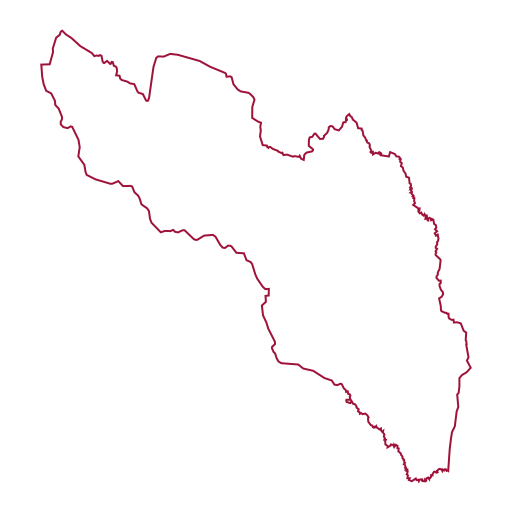 outline of Mae Poen, Nakhon Sawan, Thailand
{"feature_id": "78962969B91694017140585", "entity_name": "Mae Poen", "entity_type": "district", "adm_level": 2, "iso_a3": "THA", "parent_name": "Thailand", "parent_adm1": "Nakhon Sawan", "projection": "equal_earth", "projection_center": [99.442, 15.681], "detail": "fine", "context": "isolated", "style": "outline", "palette": "rose", "viewbox_px": 512, "rotation_deg": 0, "n_neighbors": 0, "source": "geoboundaries", "source_scale": "gbopen_adm2", "svg_char_len": 6025}
<svg xmlns="http://www.w3.org/2000/svg" viewBox="0 0 512 512"><path d="M400.7,159.1L399.6,159.1L399.8,157.7L399.0,156.7L396.4,156.4L394.8,154.0L390.1,152.1L388.9,156.5L380.5,155.2L380.1,154.3L381.1,154.1L381.2,153.4L379.2,152.1L378.2,153.6L375.8,152.7L373.0,154.4L372.9,152.0L371.3,152.8L370.5,152.0L371.5,151.0L369.5,146.8L369.9,145.2L369.2,143.4L367.3,142.5L366.7,141.4L366.9,140.6L366.0,140.0L365.2,137.6L363.4,135.5L362.6,130.8L361.7,130.1L361.7,128.6L358.1,128.2L356.6,122.7L352.9,119.6L351.7,117.0L350.3,116.1L349.2,114.1L346.5,116.5L345.9,118.8L346.9,119.2L347.0,120.0L345.9,120.6L345.6,122.1L343.3,122.4L342.0,126.7L338.8,130.4L334.7,129.2L332.6,126.4L330.4,126.0L328.8,127.3L328.7,129.3L327.2,132.8L323.9,135.9L324.1,136.8L323.0,138.8L319.9,138.9L315.5,133.6L314.4,133.7L312.3,136.8L309.7,137.4L308.9,140.1L308.8,145.9L312.9,149.2L313.1,150.1L312.1,151.4L306.5,152.6L304.9,154.1L304.3,154.9L303.7,159.9L301.1,158.7L299.7,155.8L299.0,156.9L294.5,156.1L293.1,156.7L286.9,154.6L283.4,155.1L282.4,152.7L281.4,153.0L278.1,151.5L277.8,150.8L273.0,149.0L270.3,147.0L269.2,146.9L268.4,147.9L267.1,146.8L266.9,145.6L262.7,145.1L260.0,136.4L260.8,130.6L260.3,126.9L261.0,122.7L258.0,121.6L252.2,117.9L252.3,106.8L254.5,99.8L253.4,97.2L250.0,93.8L248.4,92.8L240.8,91.4L237.8,89.6L233.5,84.3L231.6,77.2L230.3,76.4L226.5,76.7L226.0,73.9L225.2,73.0L210.0,66.7L199.7,61.0L177.9,54.8L170.2,53.9L163.7,56.6L158.1,56.4L156.3,57.8L153.5,66.8L149.1,97.6L148.1,100.6L146.8,100.9L146.0,100.4L142.9,94.1L138.5,92.7L137.5,91.5L134.3,84.2L129.8,83.3L127.5,81.7L121.7,80.0L120.2,78.6L119.5,75.7L116.1,75.3L117.1,71.7L116.7,67.9L115.9,66.6L113.8,65.8L112.8,62.1L111.6,61.9L111.1,63.5L110.2,64.0L107.1,60.9L104.3,63.0L103.6,62.9L102.6,61.5L101.5,55.8L100.0,55.1L98.7,55.9L96.7,55.5L94.3,56.1L91.9,53.1L80.4,46.2L71.4,38.0L66.0,34.5L62.2,30.7L60.7,31.8L59.6,35.0L56.2,37.6L52.8,48.5L53.0,52.2L49.7,64.3L41.3,64.6L42.2,76.7L43.7,84.3L46.2,90.8L51.2,93.4L54.9,100.7L55.3,105.0L58.7,108.6L62.1,117.2L61.9,119.4L60.7,121.8L60.8,124.4L63.3,127.1L66.2,127.8L67.7,128.1L70.6,126.4L72.2,126.9L78.5,139.8L79.7,147.2L78.3,156.4L84.3,164.8L85.6,172.2L86.7,174.9L95.4,179.3L110.5,183.8L112.4,183.7L118.3,181.1L123.0,186.1L130.6,185.9L132.2,186.6L134.5,192.3L138.1,195.6L139.5,198.2L141.5,204.4L147.2,208.4L149.0,211.2L150.0,218.8L151.5,222.7L160.8,232.3L165.0,230.9L170.4,231.1L173.2,229.9L175.0,231.8L178.0,232.4L182.8,230.2L184.6,230.3L193.8,239.1L195.7,239.9L197.3,239.8L204.1,235.6L212.9,234.9L215.5,236.7L220.3,245.0L222.7,247.6L224.9,248.0L228.0,245.7L229.9,245.7L231.5,246.4L236.4,252.8L243.9,253.3L246.5,260.2L250.6,262.0L252.1,264.0L255.4,274.6L257.3,278.8L262.8,286.8L265.3,289.1L268.8,288.9L268.7,295.5L265.5,295.9L265.9,301.8L261.9,305.5L263.0,315.3L266.4,322.6L268.3,328.7L274.9,341.7L275.0,344.1L272.0,347.0L271.9,348.1L273.6,352.0L275.1,353.4L276.6,358.1L278.4,361.4L281.3,363.2L298.2,364.5L303.2,368.5L313.2,370.8L324.4,378.0L331.9,380.6L334.4,384.6L337.4,385.1L340.4,383.7L341.7,384.1L343.9,388.4L345.8,390.1L346.1,391.9L347.7,391.3L348.2,393.9L349.9,394.4L350.4,395.6L349.7,396.8L350.4,399.8L346.6,399.7L346.2,400.3L346.7,402.0L350.3,403.1L351.6,401.1L353.1,403.8L355.1,404.3L356.5,406.4L356.5,407.6L358.7,409.3L358.0,411.3L359.6,412.2L359.9,413.8L361.3,413.1L362.7,414.2L365.4,413.6L367.3,415.3L368.6,417.4L368.0,418.3L368.3,421.7L370.8,425.1L372.3,425.6L372.8,427.1L373.6,427.6L374.4,426.8L375.0,427.4L376.2,426.0L376.8,427.5L379.4,429.4L380.9,428.5L381.0,430.3L382.2,431.8L383.1,431.0L382.9,432.3L384.4,434.6L383.8,436.5L384.9,438.2L384.3,439.7L385.8,439.8L385.2,440.9L385.4,444.4L387.8,446.1L387.6,447.3L390.6,445.6L390.8,444.5L393.2,444.9L393.8,446.2L394.1,444.8L394.9,446.1L395.9,444.8L397.5,445.8L397.4,448.2L398.7,448.5L398.4,451.4L400.7,453.3L401.1,454.9L402.5,456.5L402.4,458.0L403.4,458.9L403.4,459.8L404.2,460.0L404.3,462.4L405.0,462.9L403.9,464.2L404.8,464.8L405.8,467.4L405.2,467.8L406.1,468.5L405.6,469.6L407.1,469.5L406.6,470.9L407.6,470.9L407.4,473.0L406.7,474.2L407.9,475.3L407.4,478.2L409.7,478.2L408.9,480.0L411.8,481.2L415.8,478.5L416.5,480.1L418.1,479.7L418.8,481.2L419.5,479.7L421.0,479.3L421.8,480.4L422.4,479.8L422.8,481.1L424.9,481.3L425.0,480.2L425.6,481.1L426.2,480.8L426.4,478.4L428.0,477.6L429.1,479.0L429.1,477.8L430.0,478.1L431.0,476.9L431.1,475.2L432.5,475.4L432.5,474.2L434.0,471.8L435.5,471.8L436.3,472.7L437.6,472.3L437.1,470.7L439.3,468.9L441.1,469.2L442.4,471.1L442.9,469.5L444.3,470.4L445.1,469.2L446.0,469.4L446.6,470.8L447.4,470.3L448.2,470.9L449.7,449.2L451.0,438.4L452.0,432.1L454.8,426.4L456.7,411.2L458.3,407.0L457.2,394.6L458.6,393.0L459.4,386.7L459.4,378.2L461.9,375.1L466.6,372.3L470.7,367.8L466.9,360.6L468.5,357.4L466.2,344.5L466.6,344.3L466.3,341.3L465.7,340.2L466.2,332.6L463.7,330.8L460.8,323.4L457.2,322.3L453.9,322.5L453.5,319.7L451.7,319.9L449.2,318.5L448.6,316.9L448.5,313.7L447.2,313.8L446.5,312.8L444.9,312.8L441.4,311.1L440.9,309.5L440.8,306.2L439.1,298.4L441.7,296.7L443.1,294.3L442.9,292.2L440.9,289.7L439.5,285.9L439.6,283.8L440.8,283.0L440.7,280.6L438.9,280.7L436.4,277.8L436.6,276.3L437.8,274.7L437.8,272.5L439.6,268.9L440.6,260.3L440.3,259.4L435.7,255.1L435.6,253.6L436.3,252.5L435.6,251.3L437.1,248.9L435.7,247.8L435.8,246.4L437.3,244.3L437.0,242.2L438.0,241.0L438.5,238.5L437.7,234.6L436.0,235.7L434.7,233.3L437.1,231.2L435.0,229.2L436.3,227.7L435.8,225.1L434.2,224.0L433.3,219.6L431.7,218.9L431.8,220.0L431.1,220.3L430.8,218.6L429.5,217.8L428.5,218.7L428.2,220.5L427.7,220.4L427.6,218.6L425.4,218.9L425.5,218.0L427.1,217.2L426.7,215.4L425.3,215.9L424.5,214.1L423.6,215.6L422.3,214.7L421.3,212.6L419.9,213.4L418.4,211.6L418.4,210.1L419.4,210.3L419.6,208.5L418.8,208.7L413.2,204.9L415.0,203.1L414.1,200.9L414.4,198.2L413.4,198.0L413.8,197.2L412.6,196.3L413.4,195.5L411.6,193.7L411.8,192.7L410.6,192.5L411.7,191.5L411.2,190.6L411.6,189.2L410.4,189.3L411.3,187.9L410.1,187.5L411.0,185.9L410.8,184.0L409.6,183.3L409.0,177.7L406.2,176.7L405.5,173.5L403.5,170.7L402.8,167.6L400.9,166.1L401.8,163.2L400.1,161.7L400.7,159.1Z" fill="none" stroke="#9f1239" stroke-width="2"/></svg>